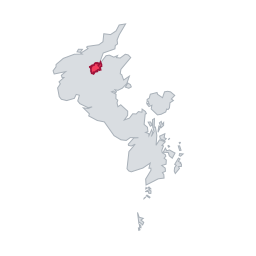 where Gloucestershire sits in United Kingdom, rotated 161°
{"feature_id": "GBR-2039", "entity_name": "Gloucestershire", "entity_type": "Administrative County", "adm_level": 1, "iso_a3": "GBR", "parent_name": "United Kingdom", "parent_adm1": "", "projection": "albers", "projection_center": [-2.218, 51.841], "detail": "fine", "context": "in_parent", "style": "filled", "palette": "rose", "viewbox_px": 256, "rotation_deg": 161, "n_neighbors": 0, "source": "natural_earth", "source_scale": "10m", "svg_char_len": 5493}
<svg xmlns="http://www.w3.org/2000/svg" viewBox="0 0 256 256"><g transform="rotate(161 128 128)"><path d="M135.2,197.0L125.2,203.5L122.0,203.0L118.3,199.6L114.3,199.9L116.0,198.3L112.6,196.7L106.5,198.6L104.0,197.0L102.5,193.7L115.6,185.8L117.7,181.8L116.6,180.5L116.5,174.8L109.8,176.6L114.7,170.4L120.4,167.5L125.3,166.9L127.9,168.5L127.1,166.0L128.3,165.4L129.9,167.7L131.8,167.6L128.3,163.8L129.9,159.7L128.6,157.6L130.2,155.4L130.6,151.4L127.3,152.3L122.8,144.0L124.2,140.1L128.9,136.8L123.4,136.9L118.9,139.9L115.7,138.6L112.8,140.1L109.7,138.4L108.5,141.3L106.2,138.0L105.9,135.6L107.2,135.6L111.6,126.2L109.4,122.4L110.3,118.1L112.8,118.1L110.2,115.9L110.7,113.9L106.2,118.7L106.2,115.4L108.7,112.4L104.5,116.2L104.3,120.9L102.1,127.9L99.9,128.3L103.0,120.2L101.8,120.0L103.1,111.8L107.1,102.5L102.1,106.5L97.3,102.8L101.6,100.5L100.3,99.5L103.3,95.9L103.7,93.5L101.4,90.7L101.4,89.0L103.7,87.7L102.2,85.3L103.8,81.4L108.3,81.6L105.9,78.0L106.7,74.9L110.0,74.6L109.3,72.3L110.2,68.9L115.9,70.1L129.5,68.2L127.9,74.0L120.0,80.6L119.5,82.5L121.3,83.2L118.4,87.6L126.9,85.3L139.2,85.5L141.3,87.2L142.2,89.8L134.8,105.4L126.4,110.4L130.8,109.9L133.2,111.4L133.0,112.6L125.7,116.7L121.3,115.4L129.0,118.2L133.7,116.8L138.5,119.1L143.7,125.3L148.4,141.5L154.6,145.1L161.2,152.2L159.9,154.0L163.7,161.6L159.3,159.4L155.0,159.7L159.1,160.2L165.6,166.7L166.7,169.9L163.3,174.8L166.0,176.6L169.1,173.5L177.1,173.9L181.7,176.9L182.8,180.1L181.5,188.8L177.6,191.8L178.2,194.1L172.2,196.6L173.9,197.2L173.9,199.5L168.6,201.6L180.2,203.1L180.2,206.5L176.2,209.2L175.3,211.5L166.5,214.9L154.7,215.2L147.2,212.8L148.2,214.2L140.0,216.1L140.8,217.9L139.9,218.4L128.5,216.2L123.6,217.7L120.2,225.0L114.1,222.0L107.7,223.7L102.8,228.3L96.4,227.2L105.9,219.1L109.7,214.7L110.5,210.9L113.2,210.1L114.6,207.1L127.0,207.0L135.2,197.0ZM95.9,152.7L89.0,152.1L89.1,150.2L85.5,145.4L81.7,150.3L78.6,149.8L76.0,148.3L73.2,143.6L77.6,141.3L76.1,139.2L80.1,138.2L82.3,133.5L84.1,132.4L85.3,133.3L87.1,130.9L92.2,130.2L95.9,130.8L99.9,138.5L98.0,141.7L101.2,141.5L102.3,144.6L102.1,145.7L100.2,143.5L100.2,146.7L101.3,146.9L100.6,148.8L98.2,149.3L95.9,152.7ZM98.3,72.2L96.9,75.3L94.5,77.0L95.7,78.4L90.1,83.1L88.9,81.8L91.3,80.0L89.4,78.3L90.2,77.5L89.2,76.6L90.0,74.3L92.9,75.1L92.5,73.0L98.1,69.6L98.3,72.2ZM98.0,88.2L97.9,91.7L102.6,93.6L99.2,96.8L98.8,93.9L95.9,93.7L91.7,89.0L96.0,85.0L98.0,88.2ZM145.7,31.6L147.7,35.1L148.7,34.6L146.5,45.1L146.5,40.0L143.0,37.6L145.7,36.7L143.8,33.7L145.7,31.6ZM100.7,110.0L95.0,110.6L97.0,107.1L95.3,105.5L97.6,104.2L101.0,107.3L100.7,110.0ZM114.3,165.3L117.2,167.5L113.5,170.6L111.6,168.2L111.5,165.8L114.3,165.3ZM96.6,117.5L96.7,122.6L94.4,123.4L94.6,120.2L92.5,121.6L93.5,118.8L96.6,117.5ZM129.6,59.5L129.4,61.3L132.4,62.2L128.5,62.9L126.7,61.0L127.7,58.7L129.6,59.5ZM107.0,127.0L104.6,126.3L104.3,122.8L106.3,122.4L107.0,127.0ZM151.4,216.6L149.2,218.6L145.5,217.2L148.5,215.1L151.4,216.6ZM98.1,119.8L97.2,118.2L101.0,114.2L100.1,116.3L98.1,119.8ZM87.5,84.2L88.6,85.3L87.6,87.0L84.3,85.5L87.5,84.2ZM86.3,94.7L85.0,94.3L85.1,89.7L86.5,89.9L86.3,94.7ZM148.7,33.3L147.6,31.7L148.2,29.5L149.2,30.1L148.7,33.3ZM132.8,57.9L131.9,58.4L129.7,55.4L130.4,54.9L132.8,57.9ZM128.5,65.2L127.3,65.4L126.2,63.0L127.4,63.1L128.5,65.2ZM151.1,27.7L150.7,30.1L149.8,29.9L149.8,27.8L151.1,27.7ZM135.7,56.4L133.4,57.1L135.9,55.9L135.7,56.4ZM96.1,98.1L95.4,98.3L94.6,97.1L95.7,96.5L96.1,98.1ZM131.1,64.6L130.3,65.9L129.7,64.7L131.1,64.6ZM93.1,104.3L91.7,104.8L93.7,103.6L93.1,104.3ZM84.4,97.4L83.5,97.6L83.2,97.2L84.1,96.4L84.4,97.4Z" fill="#d9dde1" stroke="#a8b0b8" stroke-width="1"/><path d="M132.5,199.3L132.5,199.0L132.4,198.8L132.4,198.7L132.5,198.4L132.6,198.2L132.4,197.7L132.3,197.4L132.4,197.2L132.5,197.0L132.5,196.9L132.4,196.7L132.4,196.4L132.4,196.2L132.7,195.8L132.8,195.5L132.8,195.0L132.9,194.9L133.0,194.9L133.1,195.2L133.3,195.1L133.5,195.1L133.6,194.9L133.9,194.8L134.2,194.8L134.4,194.4L134.8,194.4L135.2,194.1L135.3,194.0L135.2,193.8L135.0,193.5L134.9,193.2L134.7,193.0L134.7,192.7L134.9,192.4L134.8,192.2L134.9,191.8L135.2,191.9L135.3,192.3L135.5,192.4L136.0,192.0L136.2,191.9L136.3,191.9L136.6,192.3L136.7,192.7L137.3,192.9L137.6,192.9L137.9,192.4L138.2,192.4L138.4,192.3L138.2,192.1L138.3,191.6L138.4,191.4L138.9,191.4L138.6,192.1L138.8,192.3L139.0,192.0L139.4,192.0L139.9,192.2L140.6,191.7L140.9,191.6L141.2,191.7L141.4,191.6L141.6,191.7L142.1,192.0L142.3,191.8L142.2,191.5L142.0,191.2L141.8,191.1L142.1,190.8L142.4,190.9L142.8,190.3L143.0,190.2L143.3,190.5L143.5,190.6L143.6,190.9L144.0,191.6L144.6,191.6L144.5,192.1L144.3,192.4L144.3,192.5L144.2,192.9L144.7,193.2L144.7,193.3L144.3,193.9L144.5,194.2L144.2,194.4L144.0,194.9L144.0,196.0L143.6,196.4L143.8,196.6L144.0,197.2L144.0,197.7L144.4,198.0L144.3,198.3L144.0,198.2L143.7,198.1L143.5,198.5L143.2,198.6L142.9,198.5L142.6,197.9L142.4,198.4L142.2,198.6L141.8,198.3L141.6,198.3L141.6,198.5L141.8,198.8L141.7,198.9L141.5,198.7L141.0,198.5L140.9,198.6L140.9,198.9L140.6,199.0L140.4,198.8L139.6,198.5L139.1,199.3L138.5,199.9L138.0,199.7L137.5,200.1L137.1,200.1L136.9,199.9L137.1,199.5L136.9,199.3L136.7,199.2L136.8,199.6L136.3,199.5L136.0,199.8L135.9,199.8L135.8,199.6L135.9,199.3L135.9,199.1L135.1,198.8L134.7,198.9L134.6,198.6L134.1,198.3L134.5,197.9L134.9,197.3L135.1,197.2L135.6,197.0L135.8,196.9L135.9,196.7L135.8,196.4L135.7,196.3L135.6,196.6L135.4,196.8L135.1,196.9L134.9,196.9L134.7,197.0L134.4,197.5L134.2,197.7L133.5,198.1L133.4,198.3L132.5,199.3Z" fill="#f43f5e" stroke="#9f1239" stroke-width="1.5"/></g></svg>